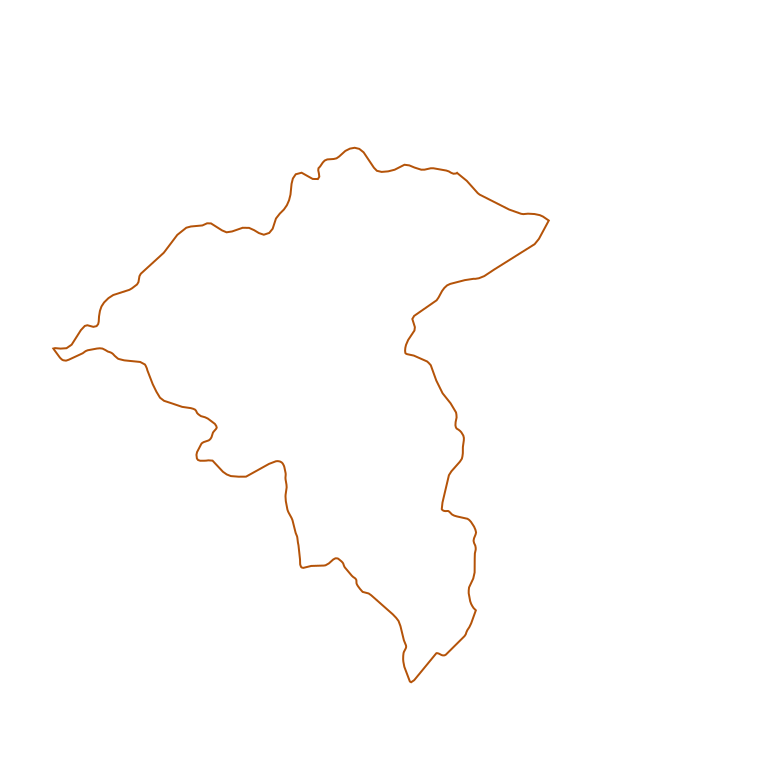 the border of Balkh, rotated 320°
{"feature_id": "AFG-1744", "entity_name": "Balkh", "entity_type": "Province", "adm_level": 1, "iso_a3": "AFG", "parent_name": "Afghanistan", "parent_adm1": "", "projection": "robinson", "projection_center": [66.961, 36.526], "detail": "fine", "context": "isolated", "style": "outline", "palette": "amber", "viewbox_px": 768, "rotation_deg": 320, "n_neighbors": 0, "source": "natural_earth", "source_scale": "10m", "svg_char_len": 4558}
<svg xmlns="http://www.w3.org/2000/svg" viewBox="0 0 768 768"><g transform="rotate(320 384 384)"><path d="M517.3,193.4L515.3,211.8L515.6,216.1L518.5,220.0L523.9,223.8L529.9,226.7L540.6,229.2L543.9,232.8L546.5,237.8L550.3,243.8L552.9,245.9L558.5,248.8L560.6,250.6L568.9,260.5L570.3,262.8L571.2,265.4L572.4,267.6L574.6,269.1L575.7,269.2L575.7,269.6L578.0,281.5L578.5,298.0L579.0,300.4L592.0,330.8L598.4,341.7L599.9,343.4L603.8,346.1L608.5,350.5L611.9,354.8L613.4,357.9L615.3,364.7L596.0,372.4L589.3,373.7L541.7,367.1L530.2,365.8L524.7,364.0L521.5,362.1L520.1,360.9L512.7,356.4L499.1,349.9L495.7,349.0L491.9,349.2L488.2,350.1L481.4,352.8L478.1,353.7L450.9,351.2L447.5,352.4L444.2,360.3L441.7,362.6L430.8,365.8L426.0,368.2L423.6,370.0L421.5,372.1L420.8,373.2L420.3,373.9L420.3,374.6L420.5,375.3L420.9,376.0L425.1,381.4L431.5,394.4L431.8,396.6L431.9,399.7L426.3,414.9L422.9,428.8L422.6,441.6L420.9,452.1L419.8,454.0L418.1,456.3L414.4,459.2L412.2,461.5L411.3,463.2L411.0,464.6L411.2,465.5L411.7,466.8L412.1,468.8L412.2,470.7L411.6,474.5L410.5,476.7L408.9,478.5L403.9,483.0L399.9,487.7L397.5,489.9L395.6,491.3L392.2,492.3L379.5,494.2L375.1,495.6L352.6,512.4L347.8,517.0L347.7,517.5L347.8,518.1L348.0,519.0L348.5,519.9L349.4,520.9L350.9,522.0L351.5,522.5L351.8,523.3L352.0,524.5L352.2,527.5L352.4,528.1L353.2,530.0L354.8,532.4L361.3,540.9L361.9,543.0L362.0,545.6L361.3,551.2L360.3,554.5L359.1,556.9L357.5,558.1L353.7,560.1L351.8,561.7L350.8,563.7L350.0,566.6L348.9,568.5L347.7,569.9L344.7,572.2L341.4,575.9L332.3,586.6L327.3,590.4L318.4,594.5L316.2,596.6L314.4,598.7L310.4,605.8L309.4,608.5L308.9,610.9L308.6,613.3L308.9,616.4L296.9,623.4L293.1,625.1L289.7,626.1L287.6,627.1L285.7,628.3L283.6,628.9L257.4,631.1L256.0,630.8L254.7,629.8L253.9,628.7L252.8,626.0L252.4,625.3L252.0,624.7L251.6,624.3L251.3,624.0L250.9,623.9L216.7,630.3L213.1,629.9L212.6,628.5L217.8,613.7L220.3,609.2L221.7,607.2L224.0,604.6L226.0,602.7L227.1,602.0L230.5,600.6L231.4,600.1L232.1,599.5L232.5,598.9L232.8,598.4L234.5,593.1L241.0,580.0L242.8,574.9L243.0,571.1L242.7,566.2L238.4,537.6L237.6,534.6L234.0,529.5L233.9,525.6L234.1,522.1L234.3,520.8L234.6,519.6L234.9,518.9L236.6,516.7L236.9,516.0L237.0,515.2L237.0,514.4L236.3,511.8L236.1,510.1L236.1,499.1L236.5,497.5L237.4,495.2L237.5,494.0L237.4,492.5L236.6,488.3L235.9,487.3L234.7,486.3L232.3,485.8L226.5,486.0L222.7,485.3L221.2,484.4L211.3,476.6L204.0,473.0L203.1,471.8L202.9,470.9L203.4,469.3L203.9,468.2L206.9,464.4L214.8,452.6L216.1,450.2L218.7,446.2L219.4,445.0L220.6,441.3L226.4,429.4L227.1,427.1L228.3,421.0L228.8,419.4L229.3,418.1L233.5,410.6L236.2,406.9L237.3,405.7L243.0,400.6L244.6,398.4L247.4,393.6L248.3,392.4L250.4,390.3L251.3,389.1L254.3,383.5L254.8,382.2L255.2,380.4L255.3,379.4L255.2,378.3L254.6,376.7L253.7,375.5L252.7,374.5L251.5,373.7L244.6,371.3L218.8,366.3L213.2,361.7L207.5,356.1L205.4,352.2L204.2,347.7L203.4,332.5L200.4,329.6L198.2,328.2L193.9,324.7L192.7,322.7L192.8,320.8L194.8,317.7L197.0,316.0L205.2,312.6L206.2,312.3L207.3,312.4L208.5,312.6L213.4,314.5L214.7,314.6L216.2,314.4L217.8,313.8L221.7,311.3L222.9,311.0L226.7,310.4L227.8,309.9L228.5,308.4L228.8,305.8L226.8,297.2L225.5,294.4L223.1,290.9L222.3,287.8L222.2,285.8L222.6,284.6L222.8,283.6L222.8,282.3L222.0,280.5L220.5,278.3L214.7,271.8L208.3,261.3L204.7,255.5L203.6,250.5L204.7,243.6L206.7,235.5L211.6,221.2L212.2,220.0L212.4,219.5L213.1,217.1L213.4,215.4L211.4,210.4L200.2,198.9L197.0,194.5L196.5,193.6L195.8,189.3L195.7,187.0L195.5,185.8L195.0,184.4L194.4,183.3L193.3,181.6L192.4,178.9L191.1,175.9L189.3,174.0L187.0,172.4L178.7,167.7L176.5,167.0L173.0,166.8L158.2,162.8L155.6,161.8L155.0,161.3L154.5,160.7L153.6,159.7L153.1,158.7L152.8,156.9L152.7,155.4L153.3,146.2L153.5,144.3L155.1,145.1L159.0,149.0L163.8,152.5L170.0,153.1L186.4,147.9L192.1,147.2L194.5,148.3L198.1,153.4L201.0,154.9L203.5,154.4L205.5,152.9L209.2,149.0L213.4,145.4L217.4,143.0L222.0,141.6L228.1,141.1L233.8,141.8L249.5,148.2L252.4,148.7L258.8,149.0L261.4,148.1L266.0,144.2L268.6,143.2L299.7,141.9L321.5,136.9L333.0,137.2L337.3,139.2L346.8,145.8L351.8,147.2L354.7,149.8L358.7,162.3L360.9,166.6L365.7,169.5L376.2,173.5L381.0,177.7L383.4,182.7L385.2,188.0L387.9,192.4L393.2,194.5L398.5,193.5L407.6,187.8L413.7,186.5L419.5,186.0L424.6,184.6L429.4,182.2L434.1,178.8L441.9,171.2L446.3,168.0L451.2,166.6L456.7,169.2L461.2,181.1L465.1,184.5L467.7,183.6L469.5,180.8L471.0,178.0L472.5,176.6L474.9,176.3L479.5,175.0L482.2,174.7L484.9,175.5L490.1,179.3L492.7,180.6L495.7,180.9L504.2,180.6L509.2,181.8L513.4,184.2L516.2,188.0L517.3,193.4Z" fill="none" stroke="#b45309" stroke-width="2"/></g></svg>